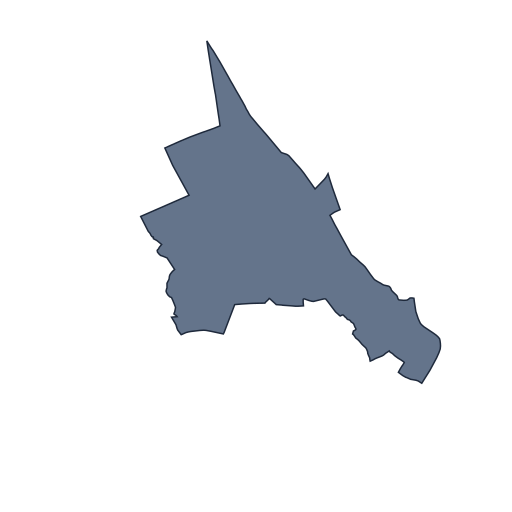 Hoc Mon, Hồ Chí Minh city, Vietnam (Mercator projection), rotated 53°
{"feature_id": "81297802B64363050509880", "entity_name": "Hoc Mon", "entity_type": "district", "adm_level": 2, "iso_a3": "VNM", "parent_name": "Vietnam", "parent_adm1": "Hồ Chí Minh city", "projection": "mercator", "projection_center": [106.609, 10.878], "detail": "fine", "context": "isolated", "style": "filled", "palette": "slate", "viewbox_px": 512, "rotation_deg": 53, "n_neighbors": 0, "source": "geoboundaries", "source_scale": "gbopen_adm2", "svg_char_len": 4524}
<svg xmlns="http://www.w3.org/2000/svg" viewBox="0 0 512 512"><g transform="rotate(53 256 256)"><path d="M254.0,360.3L262.1,361.2L262.8,361.3L266.2,362.6L268.0,363.1L270.8,363.1L273.8,363.1L274.1,362.0L275.0,358.0L276.0,355.6L277.1,353.4L281.5,345.9L283.8,342.4L285.4,340.6L288.9,337.4L298.6,329.0L297.7,327.2L290.6,315.9L282.8,303.5L282.0,302.3L282.9,300.8L286.0,295.9L290.3,289.4L291.8,287.2L293.8,284.4L295.3,282.3L296.7,280.4L299.0,277.2L298.8,276.7L298.6,275.7L298.5,274.6L298.3,273.0L298.2,272.2L298.1,271.7L297.9,271.4L297.8,271.0L298.1,270.8L298.4,270.7L299.4,270.5L303.1,269.8L305.2,269.4L307.0,269.1L308.4,267.5L310.8,264.8L311.3,264.4L318.0,256.7L318.3,256.4L320.0,254.5L321.4,252.6L321.8,252.0L324.4,248.1L321.1,246.0L319.0,244.4L319.0,243.8L319.2,243.3L322.2,241.3L323.4,240.5L325.7,238.7L326.9,237.4L330.2,229.7L331.2,227.5L331.6,226.9L332.0,226.5L332.5,226.2L335.0,226.1L346.3,226.1L348.4,226.1L349.6,225.9L352.0,225.4L353.9,225.1L354.6,224.8L354.9,223.2L355.1,222.5L355.8,221.8L356.6,221.7L358.2,221.6L358.8,221.3L359.9,221.2L361.1,221.2L362.2,220.8L362.7,220.3L363.2,220.0L363.5,219.8L364.7,219.6L365.9,219.7L366.9,219.3L368.1,218.9L368.8,218.8L370.5,219.2L372.0,219.7L374.0,219.9L374.8,220.5L374.8,222.2L374.5,223.3L375.2,224.2L376.4,225.8L377.4,225.5L378.8,225.5L381.5,225.7L384.1,225.0L386.2,224.7L390.4,224.5L392.8,224.1L395.4,223.6L397.1,223.8L399.7,224.5L400.9,225.3L402.9,225.9L405.7,226.5L407.4,227.5L408.7,228.1L409.5,224.6L409.6,223.3L410.1,221.1L411.0,218.0L411.7,215.4L411.9,213.7L411.7,210.9L412.0,206.7L412.5,206.8L413.3,206.8L414.6,206.3L415.8,205.8L416.8,205.6L418.1,205.4L419.2,205.2L420.9,204.7L423.2,204.0L425.9,202.9L428.6,202.0L429.4,201.7L429.8,201.7L430.3,201.7L430.4,202.0L431.3,204.1L431.7,205.5L432.9,208.6L434.6,212.3L439.7,210.8L443.0,209.4L443.8,208.8L447.6,206.7L448.8,205.5L451.5,203.0L453.4,201.7L457.4,200.2L455.1,194.2L451.9,185.8L448.4,178.2L446.0,173.0L443.3,168.1L441.1,164.8L438.9,162.8L436.7,161.3L434.2,159.9L432.6,159.2L431.7,159.2L430.0,159.3L427.8,159.7L423.9,160.9L413.6,164.5L410.2,165.2L408.4,165.2L403.8,164.2L396.6,161.8L387.9,157.1L384.8,155.3L383.5,156.5L382.8,157.4L382.5,157.9L382.2,158.5L382.3,160.2L382.2,161.6L382.0,162.1L381.4,163.1L380.3,164.7L377.6,167.7L377.2,168.1L376.9,168.3L376.5,168.4L376.0,168.4L374.8,168.1L373.7,167.6L372.7,167.4L372.0,167.4L371.4,167.5L366.5,168.3L364.8,168.4L363.5,168.0L362.6,167.8L361.6,167.8L360.6,167.9L359.8,168.3L357.9,169.9L356.3,171.3L355.3,171.9L352.6,172.9L349.8,174.2L347.3,175.2L346.4,175.5L345.0,175.7L343.6,175.7L339.3,175.7L334.5,175.5L330.2,175.4L327.5,175.8L325.7,176.2L323.0,176.8L319.0,177.4L315.5,178.2L312.5,179.1L290.7,176.0L284.7,175.1L284.2,175.0L278.3,174.2L272.3,173.1L268.9,172.6L268.0,172.5L268.1,168.8L268.2,167.0L269.6,160.9L247.5,153.9L238.6,150.8L233.6,148.9L235.1,152.3L235.9,155.1L238.0,168.5L218.5,167.9L214.1,168.0L211.9,168.1L205.5,168.7L195.8,169.4L194.5,169.8L193.3,170.3L192.2,171.1L191.7,171.4L191.2,171.8L190.3,172.4L188.7,173.5L188.4,173.5L188.2,173.6L185.4,173.7L175.5,174.2L167.2,174.6L163.9,174.8L161.7,175.0L151.6,175.7L145.1,176.0L144.7,176.0L141.9,176.2L140.7,176.2L139.1,176.1L138.4,176.0L138.0,176.0L136.6,175.7L132.7,175.3L132.3,175.2L129.6,174.6L127.4,174.3L124.1,173.8L120.4,173.4L120.0,173.3L111.5,172.3L105.0,171.4L102.2,171.1L100.9,170.9L100.7,170.9L95.9,170.2L92.0,169.7L78.4,167.9L78.0,167.9L66.5,166.7L63.2,166.6L57.4,166.1L54.6,165.8L63.2,170.5L69.8,174.0L70.3,174.3L73.2,175.8L84.9,182.0L95.1,187.4L101.4,190.6L102.5,191.1L113.6,197.2L120.0,200.7L124.5,203.1L130.4,206.4L128.4,213.8L128.1,214.6L128.0,215.1L124.9,224.8L121.2,237.3L118.9,246.4L116.5,256.7L114.9,263.8L133.5,268.0L167.2,272.9L155.0,324.3L171.4,327.2L172.2,327.2L173.2,327.0L174.8,327.1L176.1,327.4L177.7,327.4L178.5,327.2L178.7,326.7L179.0,326.7L179.4,326.7L179.6,326.9L179.8,327.1L180.4,327.5L180.7,327.4L182.8,326.4L184.2,325.8L187.5,325.0L190.0,324.4L190.5,326.4L190.9,328.1L191.2,328.7L191.5,329.1L191.7,329.9L191.8,330.8L192.0,331.5L193.5,332.3L195.8,332.3L198.1,331.9L200.1,330.5L204.0,328.2L217.8,329.1L217.9,330.7L218.1,332.4L218.7,334.7L219.2,336.1L220.1,337.4L221.8,339.0L222.4,339.8L224.2,343.5L225.0,344.1L227.4,345.9L227.9,346.3L228.5,347.3L229.8,348.8L230.4,349.2L231.6,349.5L232.9,349.7L234.4,349.8L235.2,349.7L236.1,349.5L236.8,349.4L237.9,348.7L238.4,348.5L241.2,349.1L244.6,350.0L247.4,350.8L248.6,351.2L249.4,352.0L251.6,354.4L252.5,356.0L252.9,356.4L253.3,356.4L254.3,356.0L255.6,355.5L257.0,355.5L254.0,360.3Z" fill="#64748b" stroke="#1e293b" stroke-width="1.5"/></g></svg>